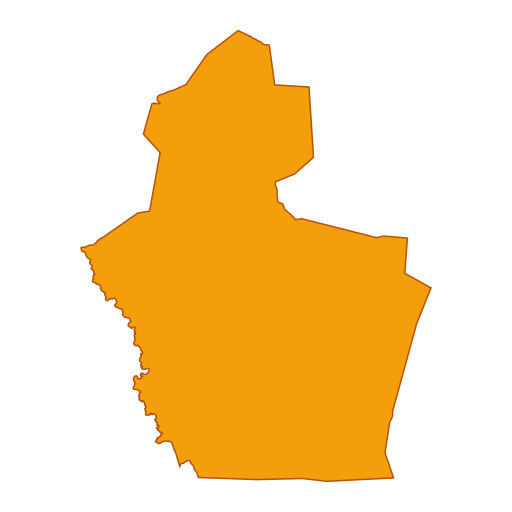 Funhalouro, Inhambane, Mozambique (orthographic projection)
{"feature_id": "85939544B45831091528789", "entity_name": "Funhalouro", "entity_type": "district", "adm_level": 2, "iso_a3": "MOZ", "parent_name": "Mozambique", "parent_adm1": "Inhambane", "projection": "orthographic", "projection_center": [33.954, -22.935], "detail": "fine", "context": "isolated", "style": "filled", "palette": "amber", "viewbox_px": 512, "rotation_deg": 0, "n_neighbors": 0, "source": "geoboundaries", "source_scale": "gbopen_adm2", "svg_char_len": 6042}
<svg xmlns="http://www.w3.org/2000/svg" viewBox="0 0 512 512"><path d="M159.6,443.5L161.9,442.0L163.8,441.3L165.0,441.0L169.0,441.3L171.0,442.0L171.7,442.9L172.3,444.2L173.2,446.4L173.9,449.3L175.0,450.7L179.8,466.4L180.5,464.7L180.9,464.0L181.4,463.6L183.5,463.3L185.1,461.8L186.3,461.4L187.5,460.7L188.8,460.4L189.6,460.5L190.0,460.9L190.3,462.0L191.0,463.4L193.4,465.8L193.7,466.7L194.1,468.6L194.5,469.7L196.9,472.7L197.3,473.7L197.6,475.9L198.2,477.0L198.8,477.5L257.2,479.6L302.2,478.5L327.0,481.3L393.6,477.9L385.0,452.8L389.7,422.0L392.2,417.1L392.6,416.0L392.7,414.3L392.5,412.9L392.6,411.4L416.6,323.8L431.0,287.9L404.8,273.3L407.4,238.1L383.7,236.0L376.7,237.7L301.3,218.6L299.4,219.2L295.3,219.4L293.4,217.1L292.2,215.9L284.7,209.3L283.3,205.2L282.5,203.9L280.9,203.0L278.8,202.5L277.8,201.7L277.6,200.9L277.4,197.3L277.0,195.4L277.0,193.9L277.2,192.4L277.1,190.0L276.7,188.3L275.5,185.7L275.2,181.9L294.7,173.9L313.5,157.4L309.0,87.0L274.7,84.9L269.3,45.2L268.5,44.9L265.4,44.8L263.5,44.4L262.1,43.4L261.8,42.8L260.4,41.6L257.9,40.9L255.9,39.3L253.7,38.6L253.0,38.3L252.5,37.7L251.4,37.0L238.4,30.7L237.6,31.0L207.4,54.1L206.1,55.6L185.7,84.9L184.1,85.4L172.4,90.7L169.9,91.1L166.9,92.3L164.0,93.8L162.8,94.2L161.1,94.4L158.9,95.4L157.8,96.5L157.5,97.1L157.2,98.4L157.2,99.5L158.1,101.4L159.9,103.1L160.1,103.6L154.5,103.5L153.4,103.2L152.0,103.8L151.0,106.8L143.4,134.2L160.1,152.6L149.6,211.1L137.8,213.0L102.0,238.0L101.0,238.3L98.9,239.9L98.0,240.3L97.5,240.7L96.3,242.6L94.8,243.4L93.9,244.7L93.1,245.0L90.3,245.1L89.2,245.4L87.0,246.4L85.0,247.1L81.4,247.4L81.0,248.1L81.4,249.9L81.8,250.7L82.1,251.1L84.5,252.0L85.1,252.5L86.3,256.1L88.4,258.5L89.9,259.2L90.5,260.0L90.5,260.9L89.7,261.9L89.9,263.7L90.7,264.5L91.9,265.0L92.2,265.7L92.0,267.0L91.3,268.1L91.4,269.1L91.7,269.5L92.6,269.8L93.4,270.8L93.5,271.7L93.9,272.6L93.9,273.3L94.1,273.8L94.7,274.1L94.8,274.6L94.4,275.0L93.6,275.1L93.2,275.8L93.3,277.1L93.0,278.4L93.4,278.8L93.4,279.1L92.4,280.4L92.4,281.0L92.7,281.7L93.8,282.5L94.4,282.4L95.3,282.7L95.8,283.3L96.6,283.7L97.1,284.3L98.0,284.3L99.1,284.6L100.0,285.5L100.2,286.2L100.8,286.6L100.9,287.0L100.4,288.2L100.6,288.8L101.4,289.6L101.5,289.9L101.4,290.3L101.7,290.9L103.2,291.6L104.2,292.5L105.2,292.8L105.3,293.1L105.3,293.3L104.9,293.9L104.9,295.0L105.1,295.6L106.0,296.7L106.0,297.2L105.5,298.4L105.6,299.1L105.7,299.6L106.4,300.4L107.3,300.7L107.6,300.6L108.1,300.0L108.5,299.9L108.9,299.3L110.3,299.0L111.2,298.5L112.3,299.0L114.1,298.2L114.8,298.2L115.2,298.5L115.6,299.3L115.8,300.1L116.8,301.7L116.5,303.2L115.2,304.4L114.7,305.2L115.2,306.3L116.0,307.1L117.0,307.3L117.6,307.8L118.4,308.1L119.9,308.4L120.3,309.0L121.6,309.2L122.6,309.8L122.7,310.4L122.4,311.4L123.0,312.1L123.1,312.7L122.4,314.0L122.9,315.4L123.7,315.9L124.3,317.0L124.7,317.2L125.5,317.4L126.4,317.4L127.9,318.0L128.9,318.0L129.4,318.2L129.7,318.6L129.9,319.9L130.9,320.7L131.0,321.1L130.8,321.4L130.3,322.0L129.2,322.7L128.5,323.8L128.2,325.0L128.2,325.7L128.4,326.1L129.2,326.8L130.5,327.2L131.4,328.2L131.9,328.3L132.5,328.0L133.3,327.1L134.7,327.1L135.2,327.4L135.4,327.7L135.1,328.6L134.5,329.0L134.1,329.9L134.1,330.3L135.2,331.3L135.2,331.7L134.5,332.4L134.5,333.2L134.8,333.4L135.4,333.3L135.7,333.5L135.6,333.9L135.3,334.3L134.5,334.8L134.3,335.1L134.4,336.4L134.7,337.0L134.6,338.3L135.1,339.0L135.2,339.6L135.2,340.0L134.6,341.0L134.5,341.9L133.6,342.6L133.6,343.1L133.8,343.9L134.8,345.2L136.3,345.8L137.8,345.3L138.5,345.7L138.8,346.7L140.1,347.7L140.6,348.9L140.7,350.0L142.1,351.5L142.6,352.4L142.6,352.9L142.1,353.9L141.5,353.9L141.1,353.5L140.7,353.6L140.8,354.7L141.3,355.5L141.4,356.0L141.2,356.4L140.0,357.8L139.6,359.3L139.6,360.8L140.0,361.5L141.3,362.5L141.5,363.0L141.3,363.9L140.7,365.1L140.7,365.6L141.0,365.9L141.8,366.1L142.4,366.6L142.2,367.0L141.4,367.2L141.2,367.4L141.4,367.8L142.6,369.0L143.2,369.3L144.0,369.3L146.0,369.0L147.2,368.5L148.4,368.4L149.0,368.7L149.2,369.8L148.9,371.1L148.2,372.6L146.8,373.7L146.5,374.1L145.8,374.4L145.2,374.5L144.4,374.3L143.5,373.8L142.8,373.9L142.5,373.7L142.2,373.2L141.8,373.0L141.2,373.3L140.7,374.1L140.4,375.2L140.9,375.7L142.1,376.0L142.5,376.3L142.4,376.8L141.2,377.0L141.0,378.3L140.5,378.7L139.7,378.9L138.9,378.6L138.2,378.8L137.9,378.7L137.6,378.2L137.6,377.2L136.6,375.9L136.0,375.9L134.7,376.3L134.2,376.9L133.6,378.2L133.5,379.5L133.8,380.8L134.7,381.6L134.7,382.1L134.4,382.5L135.0,383.4L135.0,383.8L134.6,384.4L134.0,386.2L133.4,387.2L133.2,388.5L133.6,389.1L134.0,389.4L136.5,389.4L137.0,389.5L137.9,390.3L140.3,391.1L140.6,391.5L140.4,392.4L139.6,392.5L139.4,392.9L139.8,393.7L139.9,394.2L139.0,394.9L138.8,395.5L138.8,396.2L139.7,397.5L139.7,397.8L139.3,397.9L139.0,398.6L139.1,399.5L139.8,400.4L140.3,400.7L141.1,400.6L141.5,400.7L141.7,401.6L142.3,401.7L143.1,400.7L143.7,401.1L144.2,401.8L144.3,403.2L144.8,403.7L144.7,404.5L145.1,405.1L145.1,405.7L145.8,407.1L145.7,407.8L144.8,408.9L144.9,409.6L145.4,410.9L146.1,412.0L145.7,412.7L145.6,414.0L145.7,414.7L146.1,415.0L147.6,415.2L149.9,414.8L150.2,414.6L149.9,413.8L150.3,413.4L150.9,413.3L151.6,413.7L151.9,414.3L152.3,414.6L152.6,414.5L152.8,414.1L153.3,413.7L153.8,413.7L154.6,414.0L155.4,414.7L156.4,418.1L156.2,418.6L155.1,419.1L155.3,419.4L155.0,419.8L155.3,420.3L155.3,420.7L155.7,421.6L156.7,421.9L157.0,422.2L156.9,423.1L157.2,424.1L157.0,425.2L157.5,425.4L158.0,424.9L158.4,425.0L158.5,425.3L158.3,425.6L158.8,426.3L158.8,426.7L158.4,426.8L158.4,427.5L157.7,427.7L157.6,427.9L157.5,427.5L156.8,427.4L156.6,427.9L156.9,428.5L157.5,428.5L157.6,428.8L157.5,429.0L158.0,429.5L157.8,429.6L157.7,430.1L158.9,430.6L159.6,431.7L160.2,432.0L160.2,432.3L160.8,432.5L161.6,432.3L161.8,432.9L162.1,433.3L161.9,433.5L162.0,434.0L161.4,434.4L161.0,434.3L160.8,434.6L160.5,435.4L160.7,436.1L160.5,436.4L159.6,436.6L159.1,437.2L158.6,437.4L158.3,437.7L157.7,437.6L157.6,438.4L157.3,438.5L157.3,438.8L156.8,439.0L156.9,439.5L156.7,439.8L156.1,440.1L155.7,441.9L155.9,442.1L156.3,441.9L156.7,441.9L158.0,443.4L158.5,443.2L159.6,443.5Z" fill="#f59e0b" stroke="#b45309" stroke-width="1.5"/></svg>